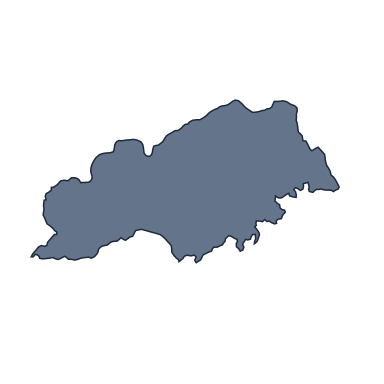 Rio Real, Bahia, Brazil, rotated 111°
{"feature_id": "56859067B99431528151864", "entity_name": "Rio Real", "entity_type": "district", "adm_level": 2, "iso_a3": "BRA", "parent_name": "Brazil", "parent_adm1": "Bahia", "projection": "mercator", "projection_center": [-37.904, -11.54], "detail": "fine", "context": "isolated", "style": "filled", "palette": "slate", "viewbox_px": 384, "rotation_deg": 111, "n_neighbors": 0, "source": "geoboundaries", "source_scale": "gbopen_adm2", "svg_char_len": 4407}
<svg xmlns="http://www.w3.org/2000/svg" viewBox="0 0 384 384"><g transform="rotate(111 192 192)"><path d="M240.2,152.6L237.7,152.5L235.7,151.9L234.5,148.7L231.9,146.4L230.4,144.6L228.5,144.3L226.1,143.5L223.6,144.0L221.6,143.0L219.7,142.1L219.3,140.0L219.6,137.9L220.1,135.6L220.1,133.1L221.9,131.8L224.4,132.2L227.2,130.9L228.2,128.1L230.0,125.8L228.1,123.8L224.8,123.8L223.2,125.8L221.2,125.9L219.1,125.3L217.0,125.0L216.8,122.9L215.3,120.6L212.5,120.7L210.0,120.2L208.9,117.7L211.1,116.7L213.0,115.8L215.6,115.8L218.0,115.3L215.8,113.9L213.7,113.4L210.6,113.6L207.9,113.7L205.9,114.9L204.6,116.9L203.2,118.8L202.0,121.0L200.1,120.0L198.2,121.2L195.9,121.5L194.9,118.4L194.4,115.5L191.7,114.2L192.7,111.4L191.5,109.4L192.1,106.7L192.2,103.5L191.0,101.8L189.2,103.1L186.6,102.0L184.8,99.0L182.0,99.1L179.8,98.7L177.5,97.6L175.7,99.1L176.2,101.6L175.2,104.2L172.6,105.5L172.0,108.2L170.6,111.4L168.2,111.9L165.8,112.6L166.5,110.1L166.3,108.2L165.2,106.1L162.0,104.0L159.9,102.6L158.6,101.1L160.7,99.5L160.4,96.1L159.7,92.9L157.3,93.6L154.7,95.4L153.3,97.8L150.9,97.0L150.9,94.4L151.7,91.4L149.6,89.5L146.9,89.9L144.3,91.0L143.0,89.2L141.5,87.2L143.7,85.6L145.5,84.3L147.5,84.2L149.5,82.6L149.0,79.0L146.7,78.0L145.1,76.9L144.1,74.3L142.8,72.8L142.9,70.8L142.4,68.2L141.2,64.9L140.4,62.4L141.0,60.2L138.9,58.7L136.9,56.6L134.6,56.4L132.6,58.5L130.5,60.9L129.0,62.8L127.5,65.0L126.3,68.3L124.0,69.8L122.0,71.6L120.3,73.8L119.1,75.6L116.6,77.6L114.2,79.1L111.4,80.5L109.4,81.7L108.4,83.5L107.0,86.2L105.0,90.3L107.1,92.3L110.5,94.8L109.8,97.0L108.0,99.0L106.7,100.4L105.0,102.2L103.6,104.0L104.4,106.7L100.1,109.3L98.8,111.7L98.0,114.1L95.4,115.6L93.2,116.7L91.5,117.7L89.8,118.7L87.9,120.3L84.7,121.3L81.7,122.5L78.6,122.8L75.8,124.2L74.6,127.4L74.8,129.6L74.6,132.2L73.8,136.1L74.3,139.9L75.6,142.1L76.9,144.9L78.0,147.7L81.8,147.9L84.2,148.0L86.3,149.4L87.7,152.0L89.7,153.5L90.6,155.4L92.5,157.8L94.2,160.3L96.0,164.0L95.2,167.6L94.2,171.8L93.0,174.4L91.8,176.7L91.0,178.9L90.1,181.5L90.8,184.7L92.7,186.5L94.9,187.8L96.7,189.0L98.5,190.7L99.9,192.9L101.2,195.3L102.9,197.0L105.0,198.2L106.8,200.4L109.9,203.1L112.7,204.8L114.7,205.5L117.2,207.0L119.3,208.5L121.8,210.6L122.9,213.6L124.7,217.0L126.5,218.6L128.3,219.8L130.2,220.3L131.3,222.6L133.4,223.9L135.4,224.5L137.3,225.5L139.7,227.2L140.7,229.7L144.0,232.3L147.2,235.0L148.9,236.0L151.7,236.7L155.4,237.3L158.3,239.0L160.4,240.3L161.6,242.5L163.0,244.1L166.3,243.9L169.2,243.2L171.6,243.2L173.4,244.0L174.5,245.8L174.4,248.3L172.8,250.7L168.0,253.3L165.3,255.0L163.5,257.7L163.2,261.3L163.5,263.9L164.0,265.8L165.1,267.8L166.1,269.9L167.3,272.5L169.3,275.8L170.0,278.4L171.6,280.1L173.5,280.8L175.4,281.0L177.6,280.6L179.7,280.0L182.7,279.9L185.0,283.0L186.4,286.2L188.0,289.0L190.2,291.7L192.0,292.7L194.5,294.0L197.5,294.7L200.1,295.1L202.6,295.2L205.5,295.0L208.8,294.0L211.4,292.3L213.2,290.9L215.4,290.2L217.9,290.5L219.9,292.0L223.1,299.2L220.9,302.2L220.5,304.1L220.7,306.4L221.8,309.6L223.6,310.5L226.0,311.8L226.8,315.5L228.8,318.7L233.5,320.4L237.3,323.1L238.1,325.0L240.7,324.0L243.2,325.4L245.8,327.6L248.7,327.4L251.6,325.4L252.6,327.1L255.9,326.4L258.2,325.6L259.9,324.6L262.3,323.6L264.7,323.3L267.0,322.6L268.6,320.7L273.7,315.9L274.4,312.5L275.9,308.5L277.3,306.5L277.8,303.9L280.2,303.1L281.0,305.3L290.5,308.7L293.9,308.4L295.6,310.2L296.0,313.5L298.5,315.7L302.3,316.8L304.7,317.8L306.9,318.5L310.2,318.9L309.4,316.9L306.5,316.2L306.2,313.8L306.9,311.6L308.5,310.5L308.1,307.9L306.6,304.7L304.9,301.4L303.0,298.4L303.3,295.2L302.9,292.7L301.3,291.0L299.5,289.5L297.6,287.7L298.2,285.4L299.1,283.4L298.0,280.3L297.5,276.8L295.3,273.8L293.6,272.1L292.6,270.3L290.9,267.2L289.7,264.4L290.0,262.4L287.3,259.9L284.1,258.6L281.3,258.3L279.5,258.7L276.7,257.9L274.6,256.4L273.2,254.2L271.8,251.9L269.0,250.6L267.0,248.8L265.6,246.4L264.7,244.4L262.7,243.1L260.1,241.9L260.7,239.6L261.0,236.9L258.5,235.2L256.1,233.6L254.7,231.6L251.8,231.2L248.3,230.9L246.7,228.7L245.0,225.8L244.7,223.3L244.2,217.6L243.4,209.6L243.2,206.3L243.8,204.0L244.7,201.8L245.7,199.4L247.1,196.9L248.1,194.8L249.5,192.1L252.6,190.5L255.5,189.2L257.9,185.8L259.5,182.4L259.9,180.5L261.7,179.2L259.4,177.8L257.1,176.6L254.6,176.1L252.6,173.7L252.4,171.6L251.8,169.7L250.1,167.3L251.2,164.8L254.8,165.0L256.5,162.7L254.5,161.3L252.3,159.6L249.7,159.3L246.9,159.2L244.2,156.8L241.8,154.5L240.2,152.6Z" fill="#64748b" stroke="#1e293b" stroke-width="1.5"/></g></svg>